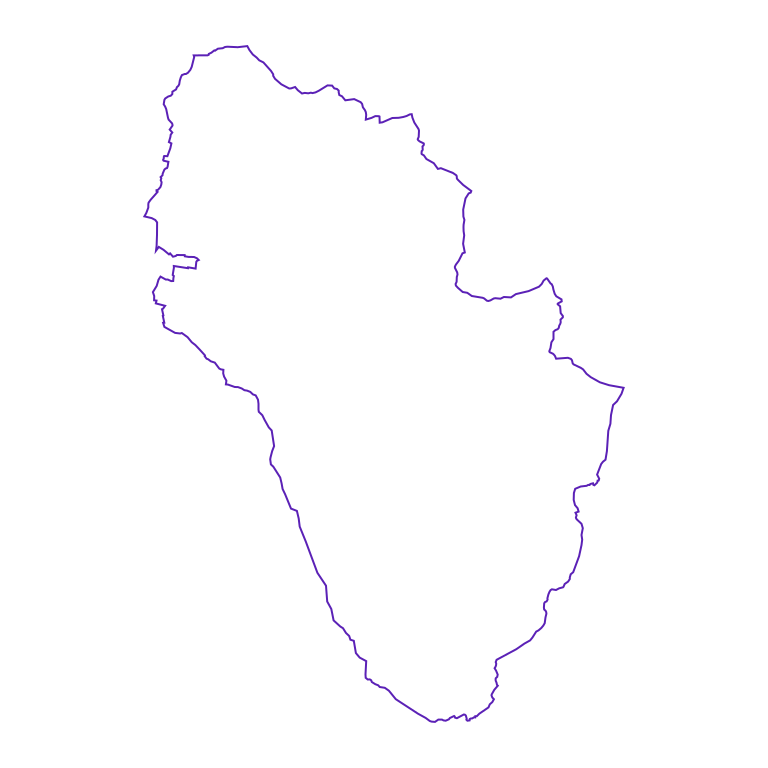 the district of Calinesti, Maramures, Romania
{"feature_id": "2599482B5531512518944", "entity_name": "Calinesti", "entity_type": "district", "adm_level": 2, "iso_a3": "ROU", "parent_name": "Romania", "parent_adm1": "Maramures", "projection": "albers", "projection_center": [24.007, 47.766], "detail": "fine", "context": "isolated", "style": "outline", "palette": "violet", "viewbox_px": 768, "rotation_deg": 0, "n_neighbors": 0, "source": "geoboundaries", "source_scale": "gbopen_adm2", "svg_char_len": 6065}
<svg xmlns="http://www.w3.org/2000/svg" viewBox="0 0 768 768"><path d="M623.6,387.8L609.1,385.2L599.9,382.3L590.8,377.2L586.5,373.8L583.1,369.4L580.9,367.9L573.6,364.4L572.7,363.4L572.0,360.3L570.9,358.9L567.9,357.8L556.1,358.7L555.0,356.0L553.9,354.6L552.9,353.7L549.7,352.2L549.3,351.2L550.5,348.0L551.4,342.3L553.5,339.1L553.5,331.8L555.4,330.1L557.7,329.2L558.8,327.8L559.2,325.7L560.3,323.7L560.7,322.2L560.5,319.6L562.8,317.4L562.9,316.1L560.7,313.1L560.1,306.3L557.7,304.3L557.7,303.7L558.2,303.3L561.7,301.4L561.5,299.4L556.3,296.3L554.7,293.8L553.4,289.5L552.8,286.5L551.7,284.2L550.6,283.5L547.1,278.5L546.4,278.3L543.6,280.6L541.7,284.0L539.0,286.7L528.6,291.1L515.9,294.1L511.0,297.4L503.9,297.0L500.5,298.7L495.3,298.2L493.7,298.5L490.4,300.4L488.3,301.0L486.9,300.7L484.1,298.4L482.7,297.8L471.8,296.0L467.3,292.8L462.7,292.0L457.9,287.8L455.9,285.6L455.6,284.0L456.6,281.8L456.8,277.0L457.5,274.5L457.2,272.4L454.9,267.8L454.9,266.6L455.9,264.6L458.7,260.9L462.5,253.3L464.8,252.5L463.1,243.8L464.2,235.3L463.6,231.2L463.5,227.2L463.6,224.7L464.4,219.9L463.4,216.6L463.2,209.6L465.5,198.4L468.7,193.4L470.7,192.6L471.3,191.0L463.1,184.9L458.1,180.0L456.9,178.6L456.7,176.1L456.3,175.3L453.0,173.0L440.9,168.2L437.9,168.9L433.8,163.2L426.4,159.0L423.9,155.4L421.7,154.1L421.5,153.5L421.7,151.1L422.4,150.5L422.7,149.6L422.5,146.4L423.6,145.3L423.9,144.0L423.7,143.4L419.6,141.4L418.1,140.1L417.7,139.2L418.7,136.9L419.0,130.6L418.5,129.0L414.3,122.5L412.4,117.6L411.7,114.2L409.8,114.4L406.6,116.0L403.2,117.0L398.7,117.8L392.3,118.0L382.5,122.3L379.7,122.7L379.5,116.5L378.9,116.2L375.3,116.1L371.5,117.9L365.8,119.6L366.2,114.9L365.8,112.1L364.9,110.1L362.9,107.3L362.1,103.9L360.7,102.2L354.2,99.1L345.3,100.3L342.0,96.3L339.3,95.0L338.7,92.3L338.7,90.6L337.0,89.0L334.3,88.4L332.1,85.6L327.5,85.4L318.9,90.7L315.5,92.4L312.5,93.1L310.9,92.7L308.3,93.3L304.7,92.9L302.0,93.5L297.8,90.2L295.1,87.0L291.0,88.4L289.2,88.5L281.3,84.3L275.0,78.8L273.2,75.8L273.2,74.3L271.0,70.9L263.4,62.4L259.2,60.3L256.7,57.6L252.8,54.5L249.4,50.0L247.3,46.1L237.7,47.2L227.3,46.7L225.0,47.0L222.7,48.2L217.9,48.7L215.0,50.7L214.3,50.4L211.4,52.7L208.8,53.9L208.7,54.8L207.6,55.3L193.7,55.4L194.2,57.0L191.7,66.9L190.3,69.9L187.9,72.8L185.9,74.0L184.7,74.0L181.9,75.1L180.8,77.4L179.8,80.6L179.2,84.3L178.4,85.8L176.9,87.2L176.1,89.4L172.4,91.7L172.3,94.1L170.8,95.7L168.2,96.5L165.2,98.5L164.4,99.9L163.7,104.3L165.1,106.5L166.2,109.1L168.0,117.8L168.6,119.6L172.1,123.4L172.5,124.8L172.5,125.6L169.7,129.6L172.3,132.5L170.7,134.7L170.4,136.9L168.9,142.1L171.4,143.4L170.3,148.3L167.4,156.2L164.2,156.0L163.9,156.4L163.7,158.5L163.1,159.9L163.6,160.7L168.4,161.8L167.6,166.7L167.0,168.1L165.6,168.5L164.4,169.6L162.7,173.6L162.5,175.3L160.6,177.1L161.3,178.2L160.7,180.2L161.6,182.2L161.3,184.5L160.4,187.1L158.0,189.8L156.5,190.2L156.6,191.5L157.5,192.0L150.7,199.7L148.6,202.6L148.3,204.1L148.3,207.6L146.3,213.0L144.4,216.4L151.7,218.1L155.3,220.0L157.1,222.4L157.0,234.9L156.6,245.9L156.0,250.7L158.8,246.9L163.5,249.8L169.0,254.4L170.1,253.4L173.0,256.7L175.7,256.0L176.9,255.0L184.7,255.1L184.8,256.3L188.5,256.9L194.1,257.0L197.0,258.3L198.7,260.0L197.0,260.8L196.3,261.8L195.6,268.6L188.1,267.3L188.0,268.2L173.8,266.0L173.9,267.7L172.7,275.0L173.8,276.0L173.4,278.2L173.2,281.0L171.2,281.1L167.7,279.5L165.7,279.5L160.5,276.6L158.5,279.7L156.7,285.9L152.9,292.1L154.2,296.0L154.1,300.3L156.5,300.6L155.8,303.4L165.1,305.8L163.1,308.6L162.0,309.2L163.4,315.5L162.8,315.8L164.3,322.7L163.1,322.8L164.4,326.9L175.1,332.9L180.2,333.5L181.8,333.0L187.6,337.2L191.8,342.3L195.3,345.0L199.7,349.6L204.8,355.2L205.0,355.6L204.7,356.2L206.6,358.7L208.2,359.3L210.8,361.3L214.8,362.6L219.2,368.5L220.7,369.3L223.4,369.8L223.2,373.4L224.1,376.6L226.4,380.7L225.9,384.4L228.0,384.6L234.8,387.0L238.0,387.1L241.8,388.5L244.4,390.2L247.0,390.6L250.3,391.9L252.9,394.4L255.7,395.4L258.0,399.7L258.5,403.8L258.5,409.7L258.8,411.8L262.3,415.2L264.6,419.9L268.8,427.4L271.7,430.5L274.1,446.1L272.2,451.0L270.6,457.1L270.2,459.3L270.9,464.4L273.4,466.8L280.2,477.5L281.6,483.4L282.6,489.0L285.1,494.2L291.0,508.6L296.9,510.9L298.7,518.5L299.7,526.6L305.8,541.6L317.4,572.8L326.0,585.7L327.2,601.5L331.3,609.0L333.6,620.4L340.3,626.5L343.0,628.2L346.0,633.0L349.2,636.0L350.4,639.7L353.8,640.8L355.9,653.1L359.7,657.6L366.2,661.1L365.5,674.4L365.7,677.8L367.7,679.5L369.8,679.4L371.2,680.3L371.8,682.0L375.3,684.2L378.2,685.3L379.7,687.0L384.8,687.8L388.9,690.7L395.8,699.2L418.0,713.7L425.6,717.9L429.8,721.0L431.5,721.6L435.0,721.9L438.3,719.6L442.0,719.6L443.5,720.4L445.7,720.7L448.9,719.3L449.9,718.0L454.1,716.0L454.7,716.5L455.1,717.7L456.9,718.2L463.8,714.5L464.9,714.7L465.8,715.5L466.7,718.6L466.4,719.7L467.4,720.7L469.6,720.4L469.8,719.0L470.8,718.5L472.3,718.4L474.0,717.3L475.2,717.4L475.3,716.2L476.8,716.2L479.3,713.7L488.5,707.4L489.8,704.3L492.3,702.1L493.9,699.2L492.3,697.5L491.5,695.4L491.7,694.4L494.3,689.8L497.8,685.7L497.0,684.9L496.5,682.6L495.7,680.7L495.6,679.0L495.8,678.2L497.2,676.9L497.7,674.6L496.1,670.7L494.6,668.2L495.6,666.6L496.1,665.0L496.2,663.4L495.7,662.1L496.6,659.8L516.3,649.2L524.4,643.6L530.1,640.4L532.4,637.6L536.2,631.6L538.5,630.4L541.3,628.0L543.3,625.6L544.7,623.2L545.5,617.4L546.4,613.7L546.2,612.1L545.6,610.8L544.2,609.5L543.9,607.6L544.2,603.3L545.0,602.1L546.6,601.4L547.6,599.6L547.4,598.3L548.4,594.4L549.5,591.8L550.6,590.1L551.9,589.3L556.0,590.0L559.2,588.3L563.0,587.3L563.5,586.8L564.7,584.0L568.1,581.6L569.8,579.0L569.8,577.4L570.7,574.3L573.2,572.2L579.1,556.2L581.5,545.1L582.2,539.6L581.5,535.0L582.8,528.2L581.5,523.8L577.3,519.9L576.2,518.6L575.9,517.5L576.6,515.2L575.5,512.7L578.6,511.6L577.6,508.2L575.0,505.1L573.7,499.9L573.9,493.0L575.2,488.8L580.7,486.5L586.6,485.8L588.2,484.9L589.6,485.0L590.3,484.0L593.0,483.3L593.4,484.9L594.4,485.3L597.2,482.6L597.6,480.7L598.5,480.7L598.8,480.2L599.2,478.7L597.1,474.6L601.2,464.0L603.0,461.7L605.5,459.7L606.9,451.2L608.3,430.8L610.4,423.8L611.0,415.1L613.1,405.0L617.0,401.3L621.5,393.8L623.6,387.8Z" fill="none" stroke="#5b21b6" stroke-width="2"/></svg>